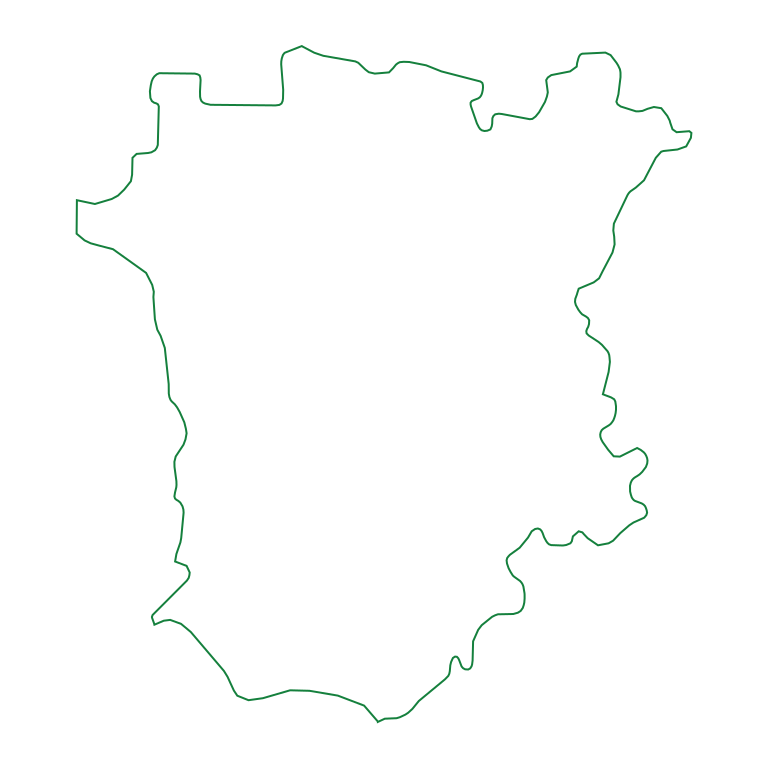 the border of Chechnya
{"feature_id": "RUS-2416", "entity_name": "Chechnya", "entity_type": "Republic", "adm_level": 1, "iso_a3": "RUS", "parent_name": "Russia", "parent_adm1": "", "projection": "equal_earth", "projection_center": [45.92, 43.243], "detail": "fine", "context": "isolated", "style": "outline", "palette": "green", "viewbox_px": 768, "rotation_deg": 0, "n_neighbors": 0, "source": "natural_earth", "source_scale": "10m", "svg_char_len": 4789}
<svg xmlns="http://www.w3.org/2000/svg" viewBox="0 0 768 768"><path d="M248.5,700.2L237.3,695.7L233.9,690.6L230.2,682.6L227.6,676.9L223.9,670.9L190.8,632.0L181.1,623.9L170.2,619.9L163.8,620.7L154.4,624.7L154.1,623.5L152.1,617.9L151.9,617.0L152.6,615.0L186.9,580.6L188.7,577.9L189.4,575.2L189.7,572.5L186.6,565.9L175.1,561.5L176.4,554.0L180.4,542.4L181.2,538.1L183.6,512.7L183.4,509.6L182.5,506.3L180.3,502.6L178.3,500.9L176.4,499.8L175.0,498.5L174.4,496.4L175.0,492.6L176.3,487.2L176.5,484.9L176.4,481.2L174.5,466.9L174.4,461.8L175.7,456.5L183.5,444.7L185.5,439.3L186.6,433.3L185.9,428.8L184.3,422.3L179.7,412.0L177.1,407.4L174.8,404.3L171.7,401.4L170.5,399.8L169.4,397.0L168.8,393.6L168.7,384.1L164.8,347.9L160.6,335.8L157.3,329.7L154.9,319.3L153.4,297.1L153.8,291.7L152.2,284.9L146.1,272.9L113.0,249.2L99.5,245.7L90.7,243.3L84.6,240.4L76.6,233.7L76.9,200.2L94.9,204.0L111.7,199.0L118.0,195.6L124.2,189.6L130.9,181.2L132.1,174.7L132.5,157.8L136.6,153.9L148.0,153.0L151.4,152.3L155.1,150.2L156.8,147.7L157.8,145.0L158.8,106.4L158.0,104.4L156.4,103.4L154.1,102.7L151.9,101.1L150.4,98.0L149.9,91.3L150.8,85.3L151.7,81.3L152.9,78.5L154.4,76.4L156.8,74.3L159.3,73.2L194.8,73.6L197.6,74.3L199.6,75.4L200.3,77.5L200.6,80.0L200.0,91.4L200.1,96.8L200.6,99.1L201.5,101.1L203.1,102.6L205.2,103.6L210.6,104.8L275.6,105.4L279.4,104.9L281.5,103.5L282.6,101.1L283.0,98.5L283.2,89.9L281.2,64.3L281.3,61.3L281.8,58.4L282.9,55.1L284.1,53.4L284.9,52.7L301.7,46.1L314.2,52.7L323.3,55.8L355.3,61.4L358.3,62.8L365.3,69.5L368.8,72.2L374.8,73.6L389.0,72.4L393.1,68.2L396.0,64.6L397.7,63.3L399.7,62.2L403.7,61.8L409.3,62.0L426.1,65.3L441.4,71.4L480.4,81.5L482.3,82.9L482.9,85.0L483.0,87.6L482.7,90.3L482.2,92.6L481.7,94.2L481.0,95.7L479.8,97.3L478.0,98.5L473.6,100.2L471.7,101.1L470.6,102.7L470.6,104.5L471.0,106.4L476.9,123.4L478.9,127.3L480.1,129.0L481.8,130.3L484.4,131.0L487.3,130.7L490.4,129.4L491.7,126.5L492.2,123.7L492.4,118.2L493.4,116.0L495.2,114.3L498.8,113.7L501.8,114.0L529.8,119.2L532.4,118.9L535.6,116.5L539.1,112.2L545.0,101.9L546.9,96.6L547.8,92.4L546.2,80.1L547.8,77.5L551.3,75.1L570.1,71.4L576.7,66.6L577.1,63.2L578.3,58.6L579.1,56.4L580.4,54.6L582.2,53.7L605.4,52.6L610.6,55.1L616.5,62.8L618.1,65.4L619.9,69.2L620.3,71.2L620.5,72.8L620.5,77.2L618.4,94.4L616.4,101.8L617.6,104.3L620.7,106.5L635.9,111.3L639.0,111.3L642.5,110.9L647.6,108.8L653.9,107.0L661.3,108.2L667.3,115.9L669.7,120.6L670.2,122.6L672.5,129.3L676.6,132.2L689.3,131.2L691.4,132.9L690.9,137.8L686.2,146.4L677.5,149.5L663.5,151.0L661.2,151.7L655.8,157.8L644.0,180.3L635.8,187.6L630.5,191.3L629.2,192.6L628.3,193.8L627.4,195.3L613.9,223.6L613.3,230.5L614.2,236.7L614.6,244.4L612.5,252.5L602.6,271.3L599.1,278.3L593.7,282.4L578.7,288.7L577.4,292.7L576.9,294.5L575.3,298.8L575.0,301.9L575.8,305.0L578.3,309.6L580.2,312.2L582.1,314.3L586.1,316.6L588.0,318.1L589.2,320.3L589.0,324.1L588.2,326.8L587.0,329.0L586.3,331.1L586.6,333.4L588.7,335.5L598.6,342.0L602.0,344.9L607.6,351.3L608.5,353.0L609.2,355.0L609.5,357.3L609.9,361.9L608.6,372.0L602.9,394.3L611.1,397.4L614.2,399.3L615.3,401.5L616.0,406.2L616.0,409.8L615.6,413.1L615.0,415.8L614.2,418.2L613.3,420.4L612.0,422.3L610.6,424.0L608.9,425.3L603.3,428.7L601.7,430.2L600.7,432.2L600.2,434.5L600.4,436.9L601.2,439.3L602.7,442.1L608.1,449.7L613.7,456.3L619.9,456.6L637.1,448.0L640.7,449.9L643.9,452.4L645.3,454.1L646.3,456.0L647.1,458.1L647.5,460.5L647.2,463.5L645.9,467.0L642.2,471.9L639.6,474.4L637.1,476.1L635.4,477.1L634.1,478.0L633.1,478.9L631.9,480.3L630.8,482.6L630.0,485.8L630.1,491.5L630.9,494.8L631.8,497.5L632.8,499.0L633.8,500.1L635.0,500.9L641.7,503.4L643.6,504.6L645.1,506.2L646.0,508.2L646.7,510.4L647.1,512.7L646.3,515.2L644.2,517.7L633.5,522.5L629.3,525.3L620.3,533.1L613.1,540.7L608.6,543.3L598.0,545.3L587.7,538.2L583.8,534.1L582.4,532.4L578.7,531.3L572.9,536.4L571.8,541.3L570.4,543.3L566.2,545.0L562.9,545.5L551.2,545.1L549.0,544.3L547.4,542.8L546.2,541.1L544.1,537.2L542.6,533.0L541.6,531.0L540.2,529.4L537.9,528.5L535.1,529.0L531.7,531.3L528.0,537.6L519.7,547.7L509.9,554.8L508.5,556.3L507.2,558.0L506.6,560.3L507.0,563.5L508.6,568.2L510.6,572.0L512.8,575.5L514.1,576.7L520.1,581.0L521.5,582.6L522.6,584.4L523.4,586.5L524.5,593.2L524.6,594.7L524.6,598.7L524.3,602.5L523.7,605.2L522.8,607.9L520.7,610.9L517.9,612.7L513.3,614.0L497.9,614.3L495.1,615.3L492.1,616.8L481.7,625.2L478.2,629.8L473.1,641.3L472.6,660.5L472.1,664.5L471.5,666.4L470.2,668.4L468.2,669.5L465.1,669.3L463.1,668.2L461.6,666.5L459.2,660.2L458.3,658.3L456.9,656.8L455.0,656.6L452.9,658.0L451.1,662.0L450.3,665.3L449.8,671.2L449.3,673.7L448.3,675.9L445.0,679.3L418.8,701.0L412.4,708.9L408.1,712.8L405.4,714.6L399.9,717.2L396.6,718.2L384.8,718.7L377.9,721.9L377.9,721.6L364.1,705.6L337.8,695.6L309.5,690.8L290.1,690.3L262.9,698.2L248.5,700.2Z" fill="none" stroke="#15803d" stroke-width="2"/></svg>